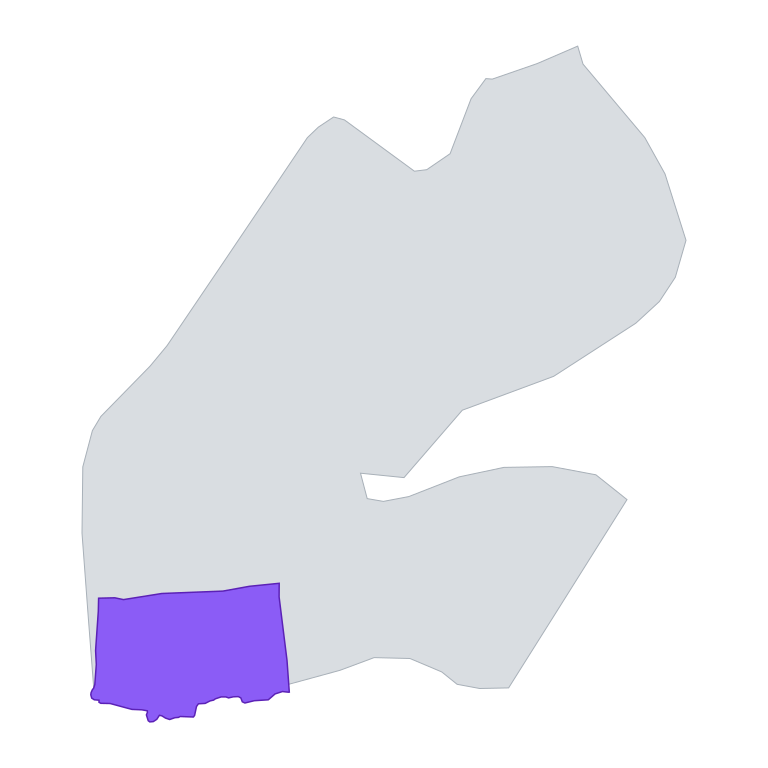 As Eyla, Dikhil, Djibouti (highlighted)
{"feature_id": "41766387B73347270872705", "entity_name": "As Eyla", "entity_type": "district", "adm_level": 2, "iso_a3": "DJI", "parent_name": "Djibouti", "parent_adm1": "Dikhil", "projection": "albers", "projection_center": [42.017, 11.095], "detail": "fine", "context": "in_parent", "style": "filled", "palette": "violet", "viewbox_px": 768, "rotation_deg": 0, "n_neighbors": 0, "source": "geoboundaries", "source_scale": "gbopen_adm2", "svg_char_len": 1678}
<svg xmlns="http://www.w3.org/2000/svg" viewBox="0 0 768 768"><path d="M627.0,499.6L595.3,550.0L554.8,614.5L508.6,687.9L479.7,688.5L457.1,684.3L441.7,671.9L409.9,658.5L374.1,657.6L340.0,670.3L282.1,686.1L229.9,691.2L187.8,700.0L152.9,710.2L121.5,704.7L94.3,695.4L88.3,617.6L82.0,533.1L82.8,466.9L92.4,430.6L100.9,416.4L150.1,366.1L167.1,345.6L223.4,262.4L271.5,191.0L307.4,137.6L318.4,127.1L333.6,117.0L344.4,119.9L414.4,171.2L426.7,169.7L450.1,153.7L471.1,98.7L485.9,78.6L492.3,79.1L537.1,63.6L577.7,46.1L583.0,64.1L644.8,137.6L665.0,173.9L686.0,240.3L675.3,277.3L659.4,301.5L635.8,323.2L553.7,376.3L462.3,410.2L404.0,477.6L360.5,473.2L367.2,498.6L383.4,501.4L408.7,496.6L459.1,476.9L503.8,467.4L552.1,466.6L595.9,474.8L627.0,499.6Z" fill="#d9dde1" stroke="#a8b0b8" stroke-width="1"/><path d="M98.6,598.2L98.3,611.4L96.1,643.1L95.6,650.6L96.3,664.5L94.8,684.6L93.6,688.3L92.5,689.5L92.4,689.7L91.1,692.6L90.8,694.8L91.7,698.1L94.3,699.8L99.0,700.2L99.0,701.0L99.0,702.3L100.8,703.3L110.1,703.5L126.7,708.0L132.0,709.4L141.8,709.8L147.3,710.8L147.4,712.4L146.4,714.9L148.2,720.7L149.8,721.9L153.3,721.6L156.8,719.3L159.4,715.3L160.8,715.6L162.0,715.9L165.5,718.1L169.7,719.5L174.9,717.7L178.5,717.4L180.1,716.5L193.4,717.0L194.6,715.4L196.5,706.5L197.7,704.8L198.4,703.8L205.2,703.4L210.1,700.9L213.6,700.1L215.4,698.8L221.2,696.9L225.9,696.9L228.6,697.9L233.4,696.8L238.3,696.6L240.8,697.9L241.4,699.4L242.3,701.8L244.9,703.0L254.3,700.7L268.3,699.8L275.1,693.9L282.6,691.5L283.8,691.7L288.5,692.2L289.3,692.1L287.0,660.3L279.1,596.9L279.2,583.3L249.4,586.3L222.9,591.1L161.8,593.5L123.5,599.6L114.8,597.8L98.6,598.2Z" fill="#8b5cf6" stroke="#5b21b6" stroke-width="1.5"/></svg>